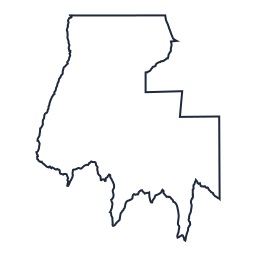 Chupinguaia, Rondônia, Brazil
{"feature_id": "56859067B46529813603159", "entity_name": "Chupinguaia", "entity_type": "district", "adm_level": 2, "iso_a3": "BRA", "parent_name": "Brazil", "parent_adm1": "Rondônia", "projection": "equal_earth", "projection_center": [-60.941, -12.579], "detail": "fine", "context": "isolated", "style": "outline", "palette": "slate", "viewbox_px": 256, "rotation_deg": 0, "n_neighbors": 0, "source": "geoboundaries", "source_scale": "gbopen_adm2", "svg_char_len": 5792}
<svg xmlns="http://www.w3.org/2000/svg" viewBox="0 0 256 256"><path d="M185.3,240.6L185.7,238.9L185.8,237.6L186.8,233.7L188.0,230.4L188.1,229.1L188.2,227.7L189.1,226.5L189.3,225.7L190.0,225.1L190.2,224.3L190.0,223.0L190.0,222.2L189.3,221.5L188.7,220.3L188.6,219.5L189.2,218.0L189.0,217.0L189.6,214.5L190.4,213.0L190.9,211.1L191.7,206.0L191.5,204.3L191.0,202.9L190.9,201.7L191.2,200.3L191.7,199.4L192.0,198.4L192.5,198.3L192.8,197.1L193.1,196.3L192.6,195.2L193.0,194.2L192.7,193.0L192.8,190.8L192.7,189.7L193.6,188.6L193.4,186.0L193.6,185.0L194.3,184.4L194.8,182.8L195.0,182.0L195.6,181.1L195.9,180.0L196.4,180.7L197.2,181.7L197.5,182.9L198.1,183.2L198.5,183.8L199.9,183.2L200.3,184.7L200.7,185.9L201.3,186.4L202.0,186.2L202.9,186.4L203.6,186.7L204.2,186.3L204.8,186.2L205.9,187.6L206.6,187.8L207.3,187.5L208.1,187.9L208.5,189.1L209.2,190.1L210.0,190.8L211.0,192.0L211.7,192.4L212.5,192.8L213.2,193.2L213.3,194.3L214.7,195.7L215.1,196.3L216.4,196.8L218.0,198.1L218.9,198.2L219.6,198.9L219.2,116.5L179.9,116.9L182.2,91.2L145.6,92.2L145.6,72.4L146.6,72.2L147.4,72.4L148.1,71.6L149.6,71.1L150.5,70.3L151.0,69.3L152.0,68.2L152.4,67.4L153.1,66.7L154.2,66.6L155.5,66.0L155.7,64.8L156.5,63.6L157.7,63.0L158.5,62.4L159.5,62.1L160.4,62.0L161.1,61.2L162.1,61.2L163.6,60.9L164.3,60.2L165.7,59.5L166.4,58.5L167.8,58.4L168.4,56.3L168.6,54.5L169.3,53.5L169.8,52.3L170.6,51.6L170.9,50.6L170.8,49.2L170.9,48.2L171.6,45.3L171.5,43.9L171.2,42.8L170.9,41.5L176.7,40.9L175.7,40.4L173.2,38.7L172.4,36.9L172.1,36.1L171.4,34.5L169.8,29.9L169.0,28.1L168.8,27.2L167.9,24.5L166.8,22.1L166.0,20.2L165.2,15.4L80.5,15.5L70.2,15.4L70.8,16.4L71.5,17.1L71.1,17.6L70.4,17.7L69.1,18.2L68.8,19.0L68.3,19.9L68.0,21.0L68.6,22.4L68.2,23.9L67.7,25.1L68.1,26.3L67.6,27.1L67.3,28.5L66.9,29.6L66.9,30.8L67.4,31.4L67.5,32.5L67.4,33.4L67.7,34.6L67.4,37.6L67.7,38.6L68.0,39.7L68.3,40.4L68.6,41.5L68.5,42.9L69.4,44.9L69.2,45.9L69.1,46.8L68.7,47.4L68.6,48.2L69.1,49.1L69.0,49.9L70.3,50.9L69.6,51.5L70.3,52.3L70.0,53.1L69.5,53.7L70.0,54.7L70.2,55.7L69.4,57.1L68.8,59.9L67.2,62.2L67.8,63.6L66.9,64.3L66.1,65.3L65.0,66.5L64.2,67.0L63.6,67.9L63.2,69.7L62.9,70.5L62.7,71.6L62.7,73.6L61.8,74.9L61.2,75.3L60.6,76.6L60.4,77.5L59.8,78.0L59.1,78.9L58.5,81.9L57.9,82.7L57.5,83.7L57.1,85.7L56.8,86.6L56.2,87.5L55.6,90.4L55.0,91.4L54.5,91.9L54.2,93.0L54.5,94.0L53.1,95.1L52.6,96.2L52.0,96.8L51.7,97.7L50.6,100.1L49.5,103.4L49.2,105.4L48.5,106.7L48.5,108.6L47.8,109.7L47.6,111.1L47.2,112.1L46.6,112.9L45.5,113.3L44.7,114.3L44.4,115.3L44.0,118.4L43.0,120.0L42.8,121.1L42.7,122.0L42.9,124.4L41.2,127.7L40.2,128.3L40.1,129.2L40.1,130.9L39.9,132.5L39.4,135.8L38.7,137.1L37.9,138.4L37.6,139.6L37.5,140.8L38.4,141.0L38.9,141.9L39.6,143.5L39.5,144.7L39.2,146.0L39.1,147.4L38.7,149.2L38.0,150.9L37.3,151.9L36.4,152.2L37.0,154.3L37.7,155.1L37.9,156.3L37.1,156.6L37.2,157.8L37.3,159.2L38.1,159.6L38.5,160.5L39.2,161.2L40.0,161.5L40.4,162.0L41.7,161.7L42.2,162.6L42.9,163.5L43.9,164.0L44.6,164.8L45.5,165.5L46.5,166.5L47.4,167.0L48.7,167.4L49.1,166.7L49.9,166.5L50.4,167.1L51.3,168.2L52.1,167.4L53.5,168.0L55.0,169.2L56.1,169.6L57.4,168.9L58.2,169.6L59.2,169.8L59.7,170.5L59.8,171.6L59.8,172.4L60.1,173.4L60.6,173.8L61.9,174.1L63.3,174.6L64.0,173.9L65.7,174.0L66.7,174.4L67.1,175.9L67.6,176.9L68.1,178.2L67.7,179.1L67.4,180.2L68.1,181.2L68.0,182.6L67.5,183.9L67.3,185.8L67.9,186.0L68.7,185.0L69.7,182.6L70.3,181.0L71.0,180.2L71.4,179.1L72.2,177.7L72.9,175.1L72.5,174.0L72.7,171.7L73.1,169.8L74.0,169.5L75.1,169.5L77.1,168.7L77.6,168.3L78.5,168.0L79.5,168.2L80.4,168.6L81.4,168.5L83.5,166.4L84.3,165.8L85.4,165.2L86.6,164.8L88.1,165.0L88.7,164.1L89.1,163.1L89.9,162.9L90.9,161.6L91.6,161.5L92.4,162.0L94.9,162.1L95.5,162.4L95.8,163.5L96.2,165.3L96.7,166.1L97.2,166.6L97.6,167.3L97.2,169.2L97.5,170.8L97.9,172.2L97.8,173.1L98.3,174.1L98.7,174.7L99.4,175.2L100.3,176.2L100.6,177.3L100.8,180.0L101.5,180.2L102.1,179.5L103.1,179.3L104.0,179.5L105.0,181.0L105.6,180.8L105.7,179.8L105.6,178.4L107.4,177.1L107.9,176.0L108.6,175.3L109.1,174.5L110.2,175.1L110.2,176.9L110.5,177.7L111.5,179.0L112.0,180.3L113.0,182.2L113.8,184.2L114.0,185.0L114.1,185.9L114.1,187.2L113.9,188.2L113.2,189.3L112.7,190.5L112.8,191.6L113.5,194.2L113.5,195.7L113.4,196.6L113.0,197.8L112.3,198.8L111.2,199.7L111.6,201.6L112.1,202.3L112.4,203.4L112.4,204.7L112.2,205.4L111.9,207.7L111.4,209.1L110.5,211.4L110.0,212.2L110.9,212.7L111.2,214.1L111.2,215.3L112.5,218.0L112.3,219.2L112.5,220.0L112.5,221.0L112.7,223.3L112.5,224.4L112.8,225.7L113.6,225.8L114.9,225.0L115.7,223.8L117.3,222.0L119.5,220.0L119.8,219.1L119.8,218.2L120.1,216.8L120.4,214.6L120.8,213.2L121.6,212.3L121.9,211.6L122.8,210.6L123.3,210.2L123.7,209.0L124.4,208.3L124.9,206.9L125.2,205.5L125.3,204.6L125.8,202.8L126.3,202.0L127.4,200.9L129.2,200.4L129.8,199.9L130.6,199.8L131.6,199.1L132.4,198.4L132.6,196.4L133.0,195.1L133.7,194.2L134.6,194.3L135.3,194.8L136.8,194.3L137.8,194.5L138.4,193.7L138.6,192.4L139.7,191.2L141.1,190.3L142.0,190.2L142.8,191.6L143.4,192.0L144.0,192.6L144.7,193.6L146.5,192.9L148.5,192.9L149.2,192.5L149.3,195.6L149.6,197.8L150.4,201.1L151.1,202.4L152.2,202.4L152.5,200.7L153.1,199.7L154.4,198.1L155.4,195.4L157.4,194.7L159.6,193.6L160.4,192.9L161.1,192.4L161.5,191.7L161.8,190.7L162.5,189.8L163.0,190.3L163.6,191.0L163.5,193.1L164.0,193.6L165.1,195.0L166.0,196.0L166.6,196.9L168.0,196.6L168.8,197.1L169.6,196.8L170.2,197.2L170.9,198.0L171.2,198.7L171.9,199.1L172.6,199.9L173.1,200.8L173.2,201.7L173.8,202.0L174.6,202.2L175.9,203.7L176.3,204.3L176.8,205.4L177.1,206.2L177.8,209.4L178.3,212.0L178.7,215.6L178.7,216.6L178.3,220.2L178.0,222.2L177.9,223.1L178.0,224.2L178.3,225.1L178.9,225.7L179.2,226.5L179.3,227.3L178.8,229.8L178.5,232.3L177.9,233.7L177.4,235.3L177.3,236.4L177.6,237.6L179.0,237.0L182.1,235.1L182.7,235.4L183.5,236.9L184.4,240.0L185.3,240.6Z" fill="none" stroke="#1e293b" stroke-width="2"/></svg>